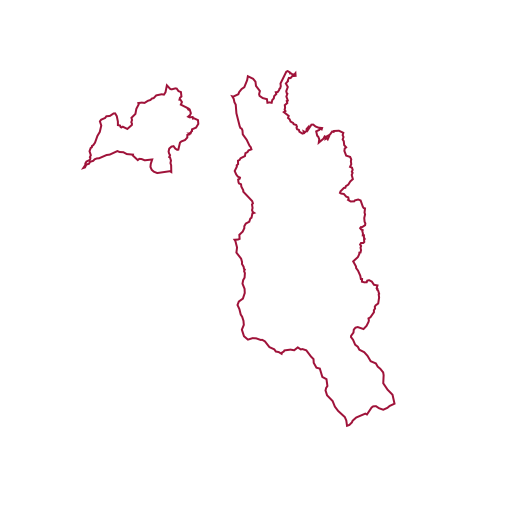 the district of Ocaña, Norte de Santander, Colombia, rotated 338°
{"feature_id": "7082276B12484805764820", "entity_name": "Ocaña", "entity_type": "district", "adm_level": 2, "iso_a3": "COL", "parent_name": "Colombia", "parent_adm1": "Norte de Santander", "projection": "albers", "projection_center": [-73.373, 8.221], "detail": "fine", "context": "isolated", "style": "outline", "palette": "rose", "viewbox_px": 512, "rotation_deg": 338, "n_neighbors": 0, "source": "geoboundaries", "source_scale": "gbopen_adm2", "svg_char_len": 6090}
<svg xmlns="http://www.w3.org/2000/svg" viewBox="0 0 512 512"><g transform="rotate(338 256 256)"><path d="M283.2,159.2L278.3,159.6L276.7,160.8L275.0,160.9L273.8,164.1L272.1,164.7L271.7,166.0L268.1,169.2L268.2,173.0L268.9,175.6L270.5,177.3L269.9,178.2L268.1,178.4L267.4,181.0L267.4,182.3L269.0,183.9L268.4,186.2L268.8,190.3L268.3,191.6L273.0,203.6L272.9,206.0L271.6,206.7L270.8,210.2L269.5,212.0L269.5,214.0L270.4,215.3L268.6,215.2L266.2,218.8L264.7,219.2L262.6,221.7L258.7,222.1L256.3,224.0L255.6,225.8L252.8,228.4L248.5,230.1L247.2,234.0L245.5,234.0L242.2,232.9L242.5,234.4L241.6,241.0L239.1,245.5L241.2,252.9L240.8,256.4L240.0,258.1L240.5,261.5L240.0,263.4L240.5,264.4L239.3,265.5L239.3,267.7L237.3,271.8L235.1,273.5L233.1,276.6L233.1,282.2L231.7,286.1L227.9,290.6L223.0,291.8L220.5,294.5L220.7,299.1L219.9,304.6L220.4,307.1L220.1,311.4L218.9,315.3L215.3,319.0L214.8,325.9L217.2,330.5L222.1,330.9L225.3,332.4L228.9,335.6L230.4,336.1L232.3,338.5L234.3,345.5L238.0,349.4L238.6,352.0L241.1,353.6L243.1,356.3L243.9,355.3L245.9,355.0L247.0,354.2L252.9,355.7L256.1,357.7L260.5,356.4L262.5,359.4L264.2,359.7L267.3,362.3L269.3,369.8L270.7,373.1L269.5,376.7L270.2,382.2L273.0,384.3L272.2,393.0L275.2,396.6L273.5,403.3L271.6,404.6L270.1,406.7L269.7,411.8L272.7,419.2L272.7,425.2L274.1,430.4L278.0,438.6L278.1,442.3L276.8,447.5L279.3,447.6L282.6,446.2L283.9,444.9L288.4,443.3L298.3,443.1L299.5,444.5L306.4,439.8L308.3,439.3L311.0,440.2L313.0,443.2L316.4,446.2L321.0,446.0L323.7,445.1L329.1,444.8L330.6,435.8L327.9,429.2L326.3,421.7L329.7,414.3L330.3,411.6L329.0,407.2L327.4,404.2L326.9,400.5L322.9,396.5L322.0,390.4L320.3,385.7L316.7,381.6L316.4,378.3L314.7,375.4L314.6,370.1L313.7,366.7L314.3,365.6L317.7,363.5L319.1,360.9L321.4,359.7L323.7,360.0L328.3,364.0L332.3,362.2L335.7,359.2L336.6,357.9L336.9,356.0L339.1,355.7L344.3,352.3L345.0,350.4L346.7,349.3L347.1,347.6L348.4,346.6L351.5,345.8L354.6,340.6L355.4,337.5L356.0,337.2L356.3,333.6L355.7,332.6L356.3,331.9L355.8,331.1L357.6,328.8L354.6,326.9L353.8,323.1L351.8,320.8L349.9,320.5L348.8,321.8L346.6,321.0L344.6,319.5L345.7,317.1L344.6,316.7L345.3,313.3L345.1,307.7L344.3,304.7L344.8,303.2L344.1,297.4L350.0,295.2L352.4,293.0L353.1,291.6L354.2,291.9L355.6,289.9L356.0,287.5L357.2,286.1L356.8,284.4L357.7,283.7L358.2,283.3L360.4,284.1L361.6,283.6L362.5,280.8L363.2,280.8L363.0,279.2L363.8,277.3L362.7,276.9L363.6,275.1L363.9,272.7L364.6,272.0L363.4,270.7L363.0,269.2L364.2,268.5L365.1,269.0L368.7,268.3L369.6,266.7L369.5,264.9L370.6,261.3L372.7,258.3L372.9,256.4L374.9,252.7L373.8,251.9L373.5,250.4L373.8,243.7L371.9,241.9L368.5,241.5L367.5,242.1L364.2,240.9L362.4,238.5L363.2,238.0L363.5,236.2L361.9,234.8L360.7,231.4L358.3,230.0L357.5,228.9L358.6,227.7L363.0,225.8L364.4,226.2L365.5,224.9L368.3,224.4L371.3,222.2L374.6,221.0L375.1,216.7L376.7,215.1L376.4,213.8L377.9,212.3L378.1,210.1L376.6,208.6L378.7,206.6L379.5,203.6L380.5,202.1L380.4,199.4L377.2,196.7L377.3,191.7L378.5,189.6L380.3,189.0L379.3,186.2L380.4,182.4L380.0,180.4L381.7,178.5L381.6,176.4L383.1,174.5L379.8,170.9L375.1,169.3L374.5,170.0L373.3,169.1L369.9,171.2L367.3,171.5L368.4,172.6L366.2,174.7L365.8,173.3L364.4,173.5L365.4,172.0L364.5,170.8L362.5,172.5L356.7,174.4L358.4,171.4L358.4,168.7L357.8,167.4L358.5,163.0L361.9,162.8L363.1,161.9L364.3,163.2L365.2,162.1L362.0,160.4L359.7,158.2L358.3,155.6L356.6,155.0L351.8,158.3L352.7,156.1L350.5,157.2L349.6,159.1L347.9,159.6L346.8,158.2L346.4,160.1L344.9,159.9L342.8,157.0L343.0,155.1L341.6,153.9L341.6,152.3L342.4,151.5L342.4,149.6L340.3,147.9L340.3,146.6L338.4,144.3L338.4,141.9L337.4,140.0L338.8,138.4L335.7,133.0L337.6,132.6L337.4,130.9L338.5,129.5L339.2,126.9L342.3,125.9L342.6,123.8L343.7,123.8L343.9,119.5L345.9,117.3L345.5,116.5L345.8,114.5L348.8,111.2L348.3,107.2L351.2,105.8L351.3,105.1L353.2,103.2L354.7,104.0L357.0,102.8L360.2,103.8L361.0,101.3L359.9,101.9L358.0,101.5L356.8,99.7L356.0,99.5L356.2,98.5L354.6,96.4L353.1,96.5L343.3,105.3L342.6,107.8L341.2,109.6L340.4,109.7L339.6,110.8L337.5,112.1L335.7,111.6L335.5,113.4L332.7,114.6L331.5,116.6L329.5,117.5L327.9,119.8L326.0,118.6L324.0,118.2L324.9,114.7L321.4,112.1L319.3,108.9L319.5,107.1L321.4,104.5L319.7,98.3L320.8,94.2L319.7,90.6L315.8,86.3L313.7,89.6L308.4,95.1L305.2,95.8L301.8,97.7L300.2,99.4L294.6,99.7L293.8,99.1L294.2,102.0L293.6,105.3L293.9,108.1L291.3,116.3L289.5,129.5L289.5,131.5L290.4,132.5L290.5,134.4L289.3,138.3L290.9,144.8L291.3,151.3L291.9,153.1L291.7,155.4L288.6,155.3L287.0,156.5L284.7,156.7L283.2,159.2ZM195.9,127.6L192.9,131.2L191.5,133.9L191.6,137.1L192.9,139.6L195.5,142.1L207.9,145.1L208.9,146.4L211.3,140.1L211.5,137.8L212.9,135.7L213.2,132.4L212.6,131.7L214.1,130.3L213.8,128.4L214.1,126.4L215.8,123.9L218.6,122.9L220.7,123.3L221.4,126.2L222.7,128.0L223.8,128.3L228.0,122.4L229.7,121.8L233.6,121.9L236.7,120.4L237.7,118.0L239.9,118.3L240.3,117.9L240.0,117.4L240.8,117.7L240.7,118.6L241.2,117.2L241.9,117.3L242.6,116.3L243.5,116.2L244.1,114.6L248.5,114.5L252.0,111.9L253.1,108.3L250.0,105.0L249.1,105.0L249.3,103.4L246.4,102.6L245.3,101.4L247.7,100.6L249.1,99.2L249.4,95.3L248.8,94.2L248.1,94.7L247.7,92.9L243.0,87.5L245.0,85.5L244.5,82.9L243.6,82.4L244.8,80.8L246.6,80.2L247.8,75.9L245.9,74.1L245.2,71.1L244.1,70.4L240.3,69.9L239.1,69.1L237.3,64.4L233.4,70.3L231.1,71.9L229.1,70.7L223.7,69.7L220.2,71.3L218.6,71.0L216.5,71.8L214.0,71.6L210.0,72.3L207.6,71.0L204.2,70.1L204.0,71.5L200.2,74.7L197.4,79.1L192.3,81.2L192.0,83.5L190.5,85.2L190.6,86.7L190.0,88.0L184.3,90.0L180.9,86.2L179.3,86.4L178.8,85.8L178.8,84.1L177.0,82.9L178.3,79.6L179.3,74.2L178.8,71.0L177.3,70.5L173.0,71.4L169.6,70.4L167.8,71.5L163.5,71.6L161.7,72.7L161.4,77.1L157.6,82.5L154.0,85.2L149.2,90.6L146.6,92.3L145.2,92.5L144.5,93.7L143.2,93.9L140.9,96.5L140.6,100.7L139.0,102.1L139.2,103.1L138.5,104.1L137.6,104.7L134.2,104.9L132.5,106.2L131.8,107.7L128.9,109.7L130.6,109.8L132.9,107.7L135.7,107.9L137.4,106.5L140.7,106.8L142.6,105.9L144.9,105.9L147.1,106.6L155.3,106.4L158.4,107.2L166.8,106.8L168.5,108.5L171.9,110.1L174.4,113.1L179.9,115.9L179.4,116.6L182.3,122.8L184.2,122.2L186.3,123.3L188.7,125.6L195.9,127.6Z" fill="none" stroke="#9f1239" stroke-width="2"/></g></svg>